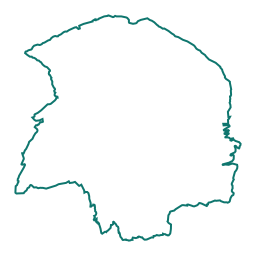 Pacureti, Prahova, Romania
{"feature_id": "2599482B22577763197950", "entity_name": "Pacureti", "entity_type": "district", "adm_level": 2, "iso_a3": "ROU", "parent_name": "Romania", "parent_adm1": "Prahova", "projection": "albers", "projection_center": [26.139, 45.145], "detail": "fine", "context": "isolated", "style": "outline", "palette": "teal", "viewbox_px": 256, "rotation_deg": 0, "n_neighbors": 0, "source": "geoboundaries", "source_scale": "gbopen_adm2", "svg_char_len": 5744}
<svg xmlns="http://www.w3.org/2000/svg" viewBox="0 0 256 256"><path d="M171.0,224.5L168.6,223.0L167.5,221.4L167.9,220.7L168.4,215.3L169.6,213.5L170.0,211.9L170.5,211.5L174.3,210.5L175.5,209.3L181.8,205.3L182.9,205.1L187.2,205.6L187.2,204.7L188.0,204.5L191.8,205.7L192.7,206.1L194.1,206.4L196.9,205.4L198.3,204.3L198.9,203.3L199.7,203.0L201.7,203.6L206.7,206.0L206.9,205.9L206.9,204.5L208.0,204.4L208.1,203.4L208.6,202.6L210.5,202.3L215.0,200.5L216.0,200.8L220.0,200.4L221.0,201.2L224.0,202.3L226.8,202.3L227.7,202.7L229.0,202.1L229.7,201.4L230.5,198.2L231.0,197.2L231.9,195.7L233.0,195.2L233.4,194.8L233.7,193.2L232.2,191.8L231.8,191.0L232.0,189.7L232.6,188.4L232.5,185.5L231.8,184.7L231.8,183.5L233.1,180.8L233.2,180.3L233.8,179.6L233.2,178.1L234.9,171.9L236.2,170.4L237.2,168.3L237.4,166.4L237.1,164.8L232.7,163.6L231.4,163.8L228.7,164.8L225.3,164.5L223.0,165.0L222.7,164.7L222.9,164.3L229.3,162.6L230.6,161.8L231.9,161.4L232.6,160.6L233.5,159.5L233.7,158.7L233.8,155.9L233.7,155.4L233.0,154.8L231.2,155.6L230.5,155.3L230.6,154.6L230.9,154.2L234.7,152.4L235.5,151.4L235.6,149.4L235.3,147.8L234.7,146.7L234.8,146.0L235.3,145.8L235.9,146.0L237.1,147.5L239.0,148.4L239.5,147.7L239.5,146.6L240.4,145.2L240.6,143.8L239.2,142.2L235.6,141.0L233.7,139.8L233.1,139.7L231.4,140.7L230.6,140.4L230.9,139.9L233.2,139.1L233.3,138.7L233.1,138.3L230.2,138.9L229.3,137.8L227.8,137.4L225.4,137.4L225.3,137.2L225.6,136.7L226.6,136.2L227.2,134.8L228.6,133.9L228.7,133.4L228.1,133.0L225.6,134.1L224.6,133.9L224.5,133.3L227.6,131.4L228.3,131.2L228.8,130.6L228.4,130.1L227.9,130.1L224.8,130.8L223.9,130.4L223.8,129.9L224.5,129.3L229.5,126.4L229.5,125.8L229.1,125.2L228.4,125.1L223.6,125.4L223.3,123.8L228.2,123.8L228.0,119.7L229.0,118.7L230.0,116.8L228.4,117.0L227.9,111.8L230.6,107.4L230.4,104.9L229.6,102.7L230.1,101.7L230.0,99.9L230.3,99.0L230.0,96.7L230.0,96.4L230.6,96.1L231.1,94.9L230.8,90.3L231.2,89.4L229.9,82.9L229.9,81.8L228.6,80.6L226.1,79.0L224.9,77.5L225.0,76.3L223.7,74.0L222.4,70.9L222.1,69.6L220.3,67.5L220.3,66.8L215.7,62.8L209.0,59.5L206.1,56.5L205.0,55.0L201.6,52.7L200.2,50.7L198.1,49.8L196.4,48.7L194.7,46.2L193.8,45.3L187.4,41.4L182.9,39.8L178.3,37.1L175.2,36.3L173.7,34.6L171.8,33.5L168.6,31.0L164.3,28.5L162.8,28.7L160.4,27.1L158.6,26.4L158.2,25.7L157.1,25.0L154.3,22.3L151.8,20.7L149.8,20.0L147.4,18.3L140.8,19.9L137.9,21.2L136.7,22.8L135.9,23.3L133.0,23.8L129.3,22.9L128.9,22.1L128.9,20.0L128.7,19.6L127.2,17.9L126.1,17.4L121.3,16.4L116.5,16.4L115.1,15.9L113.6,17.0L112.9,17.1L108.5,15.4L108.0,15.5L107.7,15.9L104.2,16.4L98.9,18.6L98.5,19.2L96.6,19.8L96.3,19.6L95.9,20.1L95.6,19.9L95.4,20.2L94.8,20.1L95.3,19.9L95.0,19.4L94.5,19.9L94.1,19.9L93.0,20.5L92.4,21.1L92.5,21.5L83.6,23.9L79.6,25.6L79.2,25.8L79.8,28.5L78.4,29.0L76.3,27.2L74.7,27.5L69.0,30.1L66.8,31.6L65.2,31.5L63.6,32.2L61.0,34.3L58.5,35.5L58.0,36.3L56.9,36.4L55.2,36.0L53.3,36.6L51.3,38.1L50.1,39.8L48.0,40.5L44.5,42.6L42.8,43.1L41.7,44.2L40.4,44.8L39.7,45.0L37.5,44.6L34.1,45.7L32.7,47.2L31.9,48.9L31.3,49.5L28.4,50.3L26.8,51.4L25.8,51.5L25.5,51.8L25.1,53.1L27.3,54.9L29.9,56.7L31.8,56.7L32.5,57.6L34.3,57.9L35.9,58.9L37.2,60.3L38.9,60.6L40.1,61.8L41.0,62.2L42.6,64.5L44.7,66.3L47.1,67.2L49.9,70.2L50.0,70.9L49.1,71.7L48.8,73.6L49.1,74.6L50.0,75.1L51.0,77.2L51.5,77.8L51.0,78.9L52.3,81.5L52.2,84.4L53.9,87.7L54.7,88.4L55.0,89.1L55.0,89.5L54.2,90.7L54.4,91.8L55.4,92.6L54.7,93.9L54.6,95.1L55.4,96.2L57.4,96.7L57.6,97.7L56.4,97.8L55.9,99.2L54.9,100.4L50.8,103.8L49.7,104.2L47.6,104.3L41.2,110.3L37.7,112.9L34.8,114.3L34.5,114.7L34.5,116.4L33.7,117.1L32.4,117.5L34.4,119.8L35.9,120.8L39.4,120.4L42.5,119.0L42.9,121.7L41.8,122.2L40.3,122.2L38.5,124.7L37.8,124.7L37.3,125.3L36.1,125.2L34.8,126.9L34.7,127.1L37.1,129.2L37.5,130.2L37.4,131.0L36.8,132.1L35.4,133.3L33.8,135.9L32.5,138.8L29.1,141.9L28.5,144.0L26.2,148.8L24.9,150.4L23.7,153.3L22.2,153.2L22.2,153.6L22.9,154.3L22.6,154.8L23.7,157.9L23.8,158.9L21.5,164.1L21.5,164.4L22.1,164.7L24.6,164.2L24.9,164.5L25.0,165.0L23.8,167.6L19.1,175.8L18.5,177.8L17.8,179.0L17.7,180.7L18.5,181.1L18.4,182.1L17.8,183.0L17.0,185.1L15.7,186.2L15.4,192.4L15.5,192.8L16.4,193.5L23.7,193.2L24.8,191.7L26.5,190.4L27.6,188.1L29.1,187.4L30.1,185.4L30.7,185.0L31.5,185.2L34.0,187.5L36.2,187.3L38.2,188.2L40.1,187.8L43.0,187.9L46.2,188.6L55.9,185.6L58.6,184.2L66.0,182.9L68.8,181.3L69.7,183.0L72.8,182.6L75.0,181.9L79.0,185.8L79.5,185.8L81.3,184.7L84.2,190.5L84.4,192.7L85.7,192.0L86.8,192.0L87.2,192.0L88.4,193.1L89.2,196.1L89.3,198.9L90.6,202.8L90.7,204.0L90.4,206.6L90.9,206.7L92.1,205.6L93.1,205.5L93.3,204.6L94.4,204.8L94.7,205.2L95.0,207.6L94.8,208.4L95.1,209.3L95.2,211.3L96.1,212.2L96.3,213.5L95.9,214.7L95.1,215.6L94.2,215.9L94.9,217.3L94.3,218.1L94.2,218.9L93.8,219.7L94.2,220.3L94.7,220.3L96.6,218.8L96.6,220.1L96.1,221.7L97.1,222.7L97.8,222.2L98.3,222.9L99.0,223.4L98.9,223.7L98.4,223.5L98.4,223.9L99.0,224.1L99.6,225.7L100.5,228.6L101.3,233.0L102.2,233.7L104.9,231.8L105.8,231.8L106.3,232.1L106.8,231.3L108.0,230.5L110.6,227.9L111.0,225.0L112.0,225.0L113.2,224.1L113.2,222.4L113.1,222.1L113.5,221.8L114.2,222.2L114.6,223.1L115.5,223.7L116.3,224.9L116.5,225.7L118.1,226.9L118.5,228.6L118.3,229.7L118.4,231.0L118.8,231.4L118.6,232.7L118.8,233.0L119.3,232.8L119.6,233.0L120.4,236.7L121.9,238.5L122.3,239.5L122.9,240.0L125.9,239.5L126.1,240.0L127.9,240.2L128.8,240.6L130.6,240.3L131.4,239.9L132.5,239.9L132.4,238.6L132.8,237.6L135.9,238.1L138.0,237.4L138.0,236.9L138.9,236.5L141.5,237.5L142.0,237.3L143.8,239.2L144.8,239.7L146.8,239.5L151.6,237.4L153.2,237.5L153.6,236.8L153.6,236.0L155.4,235.8L156.8,235.0L157.9,235.4L159.5,235.5L160.5,235.1L162.8,234.9L163.0,233.7L163.9,234.1L165.2,234.2L165.8,234.7L166.9,234.9L167.3,235.3L168.7,235.3L169.9,234.0L170.3,233.2L170.9,229.0L171.0,224.5Z" fill="none" stroke="#0f766e" stroke-width="2"/></svg>